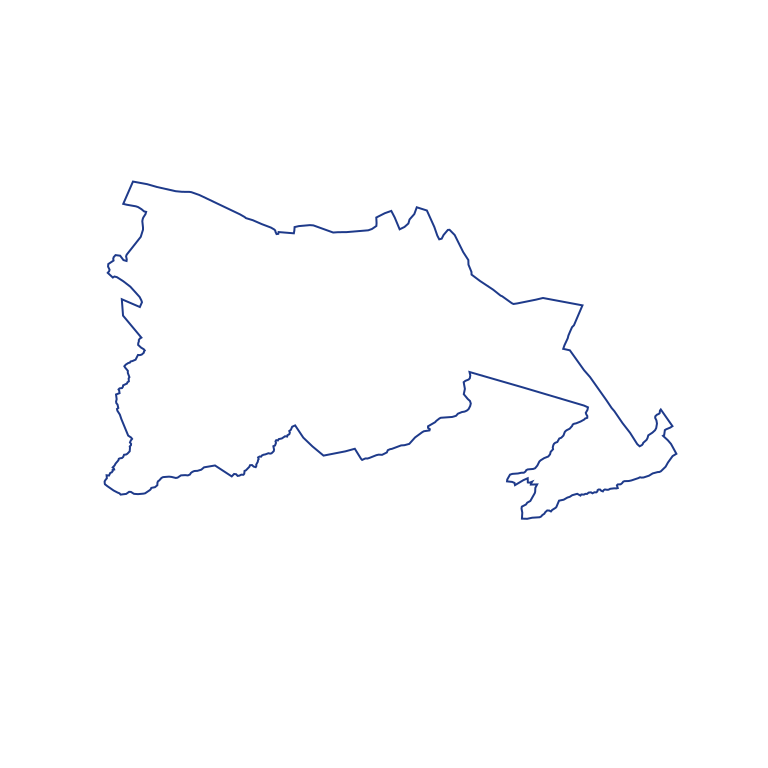 outline of Lari, Central, Kenya, rotated 106°
{"feature_id": "3690345B40431411925250", "entity_name": "Lari", "entity_type": "district", "adm_level": 2, "iso_a3": "KEN", "parent_name": "Kenya", "parent_adm1": "Central", "projection": "equal_earth", "projection_center": [36.685, -0.915], "detail": "fine", "context": "isolated", "style": "outline", "palette": "blue", "viewbox_px": 768, "rotation_deg": 106, "n_neighbors": 0, "source": "geoboundaries", "source_scale": "gbopen_adm2", "svg_char_len": 6155}
<svg xmlns="http://www.w3.org/2000/svg" viewBox="0 0 768 768"><g transform="rotate(106 384 384)"><path d="M441.3,174.4L439.0,172.4L436.3,168.0L437.1,164.4L435.8,163.9L435.2,161.3L434.1,160.2L433.7,158.5L432.0,157.4L431.1,155.2L431.6,153.5L430.1,151.9L429.6,150.0L428.5,149.3L427.2,149.4L426.3,148.7L425.9,147.1L426.8,145.7L426.9,144.0L425.5,143.6L424.5,142.6L424.2,140.3L423.7,139.0L422.4,137.7L420.8,133.9L420.3,131.8L419.6,130.6L417.2,132.2L416.1,131.6L415.2,128.9L413.7,127.8L411.9,127.1L411.1,126.0L409.8,122.0L408.5,119.6L404.3,113.5L403.1,112.2L403.0,110.7L402.3,108.7L399.1,104.0L395.9,101.1L393.2,96.6L392.7,95.1L391.6,93.8L385.9,90.5L381.2,89.4L373.7,86.7L370.5,83.7L362.5,91.6L359.8,95.7L356.9,101.5L355.9,100.6L350.9,101.3L349.7,100.2L346.9,96.7L345.0,95.1L332.2,110.9L333.5,111.4L336.0,111.0L337.0,111.6L338.3,113.2L340.3,114.3L341.8,114.0L343.9,112.1L346.8,110.7L351.3,110.2L353.7,110.7L356.8,112.6L360.5,115.8L363.4,115.8L365.3,116.2L369.1,118.6L370.4,118.7L371.7,119.3L373.4,121.1L372.0,124.0L363.1,134.0L355.8,144.0L346.6,155.1L344.3,158.6L338.4,165.6L320.5,187.9L315.6,195.5L300.4,214.6L300.8,221.4L297.0,221.2L289.4,220.0L286.6,220.1L281.7,219.5L277.5,218.9L275.2,217.6L253.7,214.9L257.5,254.9L261.1,261.3L269.8,278.1L271.4,281.6L271.1,283.4L267.1,294.6L266.9,296.3L263.2,305.2L258.5,320.1L254.7,330.0L252.2,330.8L246.0,335.7L241.6,337.1L235.4,344.2L221.3,357.1L217.7,363.5L218.3,365.1L224.3,367.8L228.4,368.6L229.7,370.8L226.6,373.7L219.2,378.9L205.4,390.6L205.1,401.2L212.3,401.7L218.8,404.8L223.0,404.8L227.4,407.6L231.0,411.6L221.1,419.5L215.6,424.7L219.6,430.3L226.1,437.3L231.4,435.5L234.2,434.9L238.3,438.3L240.6,441.5L248.3,461.8L250.8,470.2L252.4,474.6L251.0,495.6L251.7,499.0L255.7,509.4L257.8,513.2L261.1,512.5L264.0,512.2L267.0,527.2L268.8,527.0L269.5,528.6L267.7,530.2L266.4,530.9L265.7,532.2L264.8,535.8L264.0,545.5L262.7,555.3L262.6,562.5L261.9,564.0L260.6,569.3L253.2,613.7L252.7,622.1L253.0,624.2L254.9,631.0L256.1,637.4L257.2,656.3L257.2,666.7L258.6,681.1L282.7,684.3L282.6,680.9L281.6,671.5L281.7,669.2L282.8,665.3L284.2,662.2L284.1,660.1L286.4,660.1L290.4,661.3L292.1,661.4L294.1,661.2L300.0,658.8L302.1,658.2L309.6,658.4L330.6,667.0L332.4,667.1L335.2,665.6L336.7,665.4L336.7,668.6L333.4,673.0L334.1,677.6L336.6,678.8L338.3,678.8L339.9,678.0L344.7,682.1L347.2,681.6L349.8,679.3L351.3,679.3L353.3,680.2L356.4,674.0L355.0,672.8L354.9,670.2L357.1,662.9L360.4,654.6L367.7,642.9L370.5,640.3L372.1,639.2L377.3,639.9L374.8,659.4L390.2,653.7L406.3,630.0L407.7,631.3L409.4,631.8L410.5,631.4L412.5,631.5L414.2,631.1L416.0,627.5L416.8,624.5L417.7,623.2L418.8,623.7L420.1,623.5L422.5,625.0L423.5,626.6L423.9,628.5L429.1,629.5L431.3,632.2L432.2,633.8L433.5,634.2L434.3,635.6L436.6,637.6L438.5,638.5L439.6,637.3L441.9,633.9L444.0,633.3L447.6,630.6L449.0,631.0L451.8,630.0L453.1,631.1L454.4,631.2L457.2,634.4L458.6,634.2L460.1,634.7L461.1,637.0L462.4,637.7L463.4,636.7L465.7,635.7L467.9,638.7L472.3,636.8L474.7,636.7L476.2,636.0L477.2,634.5L480.3,632.8L481.6,633.8L483.2,632.9L486.2,629.5L490.1,626.8L504.1,615.7L505.2,612.3L506.2,611.0L508.0,611.8L510.2,612.1L511.3,610.6L512.7,610.4L514.1,611.2L515.3,610.6L518.8,609.9L521.8,611.5L522.8,612.4L523.7,614.4L526.0,614.6L527.4,615.5L528.2,617.3L529.0,618.3L530.6,618.3L534.5,620.1L536.5,620.5L539.0,621.8L539.6,620.5L540.6,619.8L541.5,621.2L542.6,620.8L544.0,621.4L544.9,622.6L547.8,623.1L548.2,625.5L551.1,624.4L552.7,625.2L554.6,625.7L556.2,625.2L557.3,624.6L558.4,621.9L560.9,614.6L561.8,610.2L562.0,608.1L562.9,606.7L560.7,601.5L557.9,599.3L557.5,597.5L558.5,594.1L557.7,590.2L555.7,585.0L554.9,583.5L550.6,579.9L549.6,579.3L548.0,579.0L546.3,575.7L543.8,574.0L541.1,574.6L539.8,574.4L538.7,573.5L535.6,572.0L534.4,570.7L532.3,565.1L531.9,562.7L531.7,558.2L530.9,556.6L527.8,554.0L526.4,550.0L525.9,547.3L524.5,545.6L522.7,545.1L521.2,543.9L519.9,542.3L518.9,539.4L516.7,536.0L513.7,534.0L508.9,524.0L514.8,504.9L511.8,503.3L511.5,501.2L512.7,499.4L511.9,497.7L510.5,496.2L510.0,494.1L508.8,493.6L506.0,494.1L505.0,492.9L500.7,490.6L499.0,490.4L498.3,488.5L499.3,486.6L499.3,484.4L498.0,484.1L496.7,484.6L493.6,483.9L491.9,484.1L490.7,483.8L489.3,484.8L488.0,483.6L487.7,482.1L486.4,481.7L485.2,480.3L484.4,478.7L482.4,476.0L482.3,474.2L481.6,473.0L480.4,472.3L479.0,471.5L477.4,471.6L474.3,473.2L473.1,471.8L470.4,471.6L469.0,472.5L467.7,472.1L467.5,470.4L466.0,470.0L464.5,467.2L461.5,464.7L461.2,462.6L459.9,462.7L458.4,461.2L456.7,461.1L455.3,462.1L453.7,460.9L450.4,460.5L448.3,458.0L457.8,446.8L463.7,435.6L469.5,422.4L459.4,402.6L454.3,394.2L462.2,385.5L463.0,384.1L460.7,381.4L460.2,379.4L459.2,377.8L454.5,371.7L453.4,369.7L452.6,366.3L449.0,362.4L446.6,362.1L445.0,360.2L444.2,358.6L438.3,350.6L437.2,347.5L434.6,343.2L426.8,339.4L419.7,333.9L418.4,332.6L416.1,327.5L414.8,327.5L414.0,329.6L412.5,330.0L406.6,324.3L405.1,323.6L401.8,321.2L400.8,320.1L396.9,309.4L395.6,307.3L394.6,305.9L392.2,304.8L389.5,301.4L388.3,298.9L386.8,297.1L384.9,295.8L381.5,295.1L378.8,295.2L376.6,296.7L375.3,299.4L371.8,304.5L366.4,304.9L360.3,307.9L358.5,306.6L356.4,303.9L354.9,303.1L352.0,303.4L348.9,305.1L349.0,250.1L349.6,185.8L350.2,181.5L352.9,181.3L356.1,182.1L357.4,181.2L358.8,179.7L360.5,179.3L361.8,181.2L362.9,181.7L365.9,184.7L368.8,188.4L369.8,190.3L370.9,191.4L372.5,191.6L375.8,193.2L378.1,195.7L379.2,196.5L380.3,197.0L384.1,197.3L386.8,198.8L388.1,200.5L392.0,201.4L393.3,203.2L394.6,204.1L396.2,204.4L398.5,204.3L400.1,203.5L403.3,205.1L405.8,205.0L408.4,206.1L411.1,209.6L414.2,212.4L415.7,213.3L420.1,214.1L423.3,215.5L424.5,217.1L426.5,222.3L427.6,223.5L429.2,223.9L430.7,225.1L431.5,227.6L433.1,230.6L435.0,235.8L436.4,237.9L441.8,239.2L443.7,238.9L442.8,233.9L443.1,231.3L445.1,230.2L438.0,223.5L435.0,219.9L439.0,218.6L438.7,216.8L437.1,214.7L438.8,215.2L440.2,215.1L438.3,209.1L442.1,209.9L445.9,209.0L447.4,209.0L456.1,211.1L458.6,213.6L460.7,214.3L463.9,217.7L465.8,217.5L469.6,215.6L475.4,214.3L474.1,209.2L471.7,204.7L469.2,197.7L468.0,196.4L466.4,195.7L464.5,194.1L462.9,193.7L460.6,192.3L460.1,190.3L460.5,188.4L458.7,187.6L455.7,184.9L454.7,184.4L447.9,183.6L445.7,179.4L442.6,176.4L441.3,174.4Z" fill="none" stroke="#1e3a8a" stroke-width="2"/></g></svg>